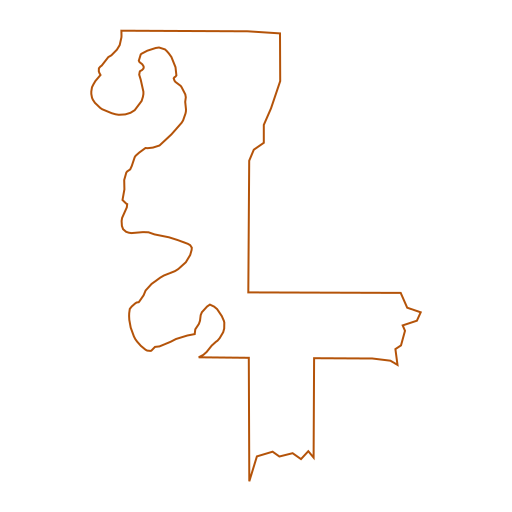 Issaquena, Mississippi, United States of America (Robinson projection)
{"feature_id": "52423323B37261590367764", "entity_name": "Issaquena", "entity_type": "district", "adm_level": 2, "iso_a3": "USA", "parent_name": "United States of America", "parent_adm1": "Mississippi", "projection": "robinson", "projection_center": [-91.074, 32.711], "detail": "fine", "context": "isolated", "style": "outline", "palette": "amber", "viewbox_px": 512, "rotation_deg": 0, "n_neighbors": 0, "source": "geoboundaries", "source_scale": "gbopen_adm2", "svg_char_len": 2350}
<svg xmlns="http://www.w3.org/2000/svg" viewBox="0 0 512 512"><path d="M280.0,33.4L247.8,31.3L121.4,30.7L121.5,36.1L121.4,37.5L119.7,45.1L116.9,49.7L111.4,55.3L108.3,57.1L101.7,65.6L100.3,66.6L98.9,68.3L98.8,71.3L99.4,73.0L100.5,75.0L95.4,81.0L93.4,84.4L92.0,87.2L91.3,91.5L91.3,93.9L92.0,97.7L92.8,99.6L94.9,102.8L100.2,107.9L102.1,109.2L111.7,113.2L115.6,114.3L118.8,114.8L125.3,114.4L130.5,112.8L134.7,110.2L141.6,101.0L142.9,96.9L143.4,94.1L143.4,91.7L140.7,79.6L139.2,74.7L139.7,71.9L140.0,71.2L142.1,70.0L143.4,68.6L143.7,67.6L143.6,66.4L142.3,64.3L139.5,62.1L138.8,60.7L140.7,54.5L141.4,53.8L147.3,50.7L155.7,48.0L159.0,47.5L165.0,49.4L166.7,51.0L168.8,53.4L171.4,57.0L175.5,67.2L176.4,75.4L175.4,76.7L174.5,77.2L173.7,78.3L174.5,80.7L175.4,81.9L180.7,85.9L181.6,87.2L185.3,94.4L185.8,97.3L185.2,101.9L186.0,109.5L185.9,111.4L185.9,111.5L185.5,113.5L183.1,120.4L181.6,122.8L171.5,134.3L159.5,145.5L152.9,147.6L147.5,148.2L145.5,148.0L139.2,152.6L135.6,155.8L134.7,157.2L131.8,165.9L130.2,169.4L127.1,171.5L126.3,172.6L124.2,180.0L124.4,189.4L122.5,200.0L126.2,203.6L127.2,204.1L126.8,207.4L122.1,217.9L121.6,221.0L121.9,225.9L123.1,229.2L126.1,231.8L128.8,232.7L131.4,233.1L143.1,232.1L148.5,232.3L154.5,234.4L169.0,237.3L177.5,240.0L187.8,243.8L190.2,245.2L191.8,247.7L191.6,250.0L190.2,255.0L185.8,262.3L178.2,269.1L175.0,271.1L163.9,275.5L160.3,277.6L151.6,283.9L145.6,290.5L143.6,295.3L139.3,301.5L138.7,302.2L136.6,302.5L135.1,303.5L131.7,306.5L130.2,308.4L129.8,308.9L129.2,313.1L129.1,316.0L129.3,319.9L130.7,327.6L133.9,336.4L135.3,339.1L137.1,341.6L140.8,345.8L145.5,349.7L147.2,350.6L150.5,350.9L151.3,350.7L155.0,346.9L159.5,346.4L170.8,341.7L176.0,339.0L187.4,335.5L194.7,334.1L195.3,329.3L198.9,323.9L200.0,320.7L200.7,315.1L201.9,312.2L207.1,306.5L209.9,304.6L214.1,306.6L217.1,309.1L221.8,316.1L223.9,320.9L224.3,322.6L224.2,328.5L223.2,332.2L219.7,338.1L217.5,340.7L215.9,341.8L211.7,345.6L206.6,352.0L203.3,354.9L198.7,357.3L248.8,357.8L249.3,481.3L256.9,456.4L272.6,451.7L279.4,456.5L292.6,453.2L301.0,459.1L308.3,451.2L313.6,457.6L314.1,358.2L372.4,358.5L390.4,360.7L397.5,364.9L395.4,349.1L401.0,345.4L405.0,330.8L402.7,325.4L416.9,320.7L420.7,312.3L407.2,307.7L400.7,292.9L248.3,292.4L249.2,160.7L253.8,149.7L263.8,142.8L263.8,124.9L271.0,108.4L280.2,81.1L280.0,33.4Z" fill="none" stroke="#b45309" stroke-width="2"/></svg>